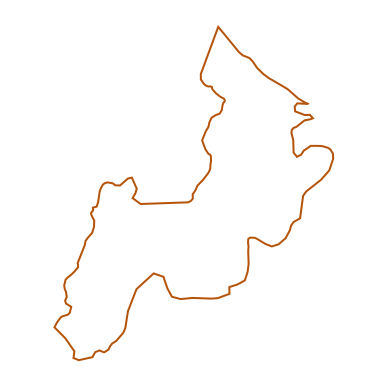 map outline of Ondo (orthographic projection), rotated 178°
{"feature_id": "NGA-2853", "entity_name": "Ondo", "entity_type": "State", "adm_level": 1, "iso_a3": "NGA", "parent_name": "Nigeria", "parent_adm1": "", "projection": "orthographic", "projection_center": [5.19, 6.813], "detail": "fine", "context": "isolated", "style": "outline", "palette": "amber", "viewbox_px": 384, "rotation_deg": 178, "n_neighbors": 0, "source": "natural_earth", "source_scale": "10m", "svg_char_len": 2191}
<svg xmlns="http://www.w3.org/2000/svg" viewBox="0 0 384 384"><g transform="rotate(178 192 192)"><path d="M160.0,356.1L140.1,330.1L136.6,326.8L129.9,323.9L126.8,320.4L122.5,313.6L116.6,307.4L111.3,303.2L98.5,295.1L92.9,291.5L82.5,281.7L75.9,277.4L73.2,276.2L73.4,276.0L83.7,276.9L86.4,273.7L86.1,269.0L76.6,265.0L71.5,265.0L68.6,261.5L71.3,260.5L76.9,259.7L85.5,253.4L88.3,252.5L90.1,250.4L90.6,248.0L89.0,240.1L89.1,227.9L85.9,223.5L81.6,225.5L78.9,229.4L71.6,234.0L62.8,233.6L59.9,233.2L54.6,231.4L52.3,229.8L49.8,225.4L49.8,220.2L54.0,208.9L62.5,199.8L77.8,188.6L81.1,184.3L84.9,161.9L91.5,158.5L94.2,154.8L95.5,150.4L100.1,142.5L107.3,136.7L114.1,134.8L120.4,137.5L129.0,143.1L131.1,144.1L135.6,144.4L137.4,143.1L137.8,139.4L137.4,135.5L137.9,130.9L137.9,118.0L139.3,109.9L142.3,101.8L149.7,98.0L158.0,95.7L158.1,88.9L170.0,85.0L176.5,84.8L195.0,86.1L207.1,85.4L215.7,88.0L219.9,96.4L223.5,108.2L233.1,112.0L250.9,96.8L260.2,75.0L263.3,58.7L265.5,53.8L272.9,45.8L277.3,43.2L279.4,40.4L281.1,37.3L285.5,34.8L290.1,36.9L294.3,35.3L297.3,30.4L311.0,27.9L316.2,30.2L315.1,36.9L323.6,50.1L334.2,61.6L331.1,66.9L327.3,71.5L325.2,72.5L320.6,73.6L318.3,75.6L316.7,81.5L321.8,84.9L322.6,87.8L320.8,91.5L321.5,96.9L322.5,99.2L323.0,103.0L321.5,108.6L319.1,111.1L316.4,112.9L312.2,116.6L308.5,120.8L308.4,123.0L308.8,124.8L301.0,142.7L300.1,146.8L297.8,149.8L293.2,154.6L291.1,160.8L290.7,166.8L293.1,171.9L293.7,174.0L293.0,175.6L292.3,176.0L291.5,177.1L291.6,179.8L287.8,180.7L286.2,185.0L284.2,196.0L283.3,198.2L280.9,202.4L279.1,203.7L276.2,204.6L270.8,203.4L268.6,201.4L263.8,201.0L255.4,207.8L251.6,208.4L247.1,197.2L248.8,192.3L251.6,188.0L243.8,181.8L196.2,181.8L193.4,183.1L191.4,185.4L191.4,189.7L188.6,193.4L186.4,198.1L180.4,203.9L175.1,210.4L173.1,214.0L172.5,219.6L171.9,222.0L171.9,227.4L172.7,228.8L174.2,229.5L177.1,234.2L180.1,243.2L176.1,252.2L173.3,256.5L172.0,261.5L169.7,265.7L165.4,268.1L161.6,269.3L159.3,272.9L158.4,277.9L157.4,280.1L156.3,281.2L156.0,282.5L156.9,284.2L160.4,286.2L164.5,289.7L168.1,294.0L168.5,296.3L170.1,296.9L172.1,296.9L174.2,297.8L176.0,299.2L179.2,304.1L179.1,309.5L160.1,355.9L160.0,356.1Z" fill="none" stroke="#b45309" stroke-width="2"/></g></svg>